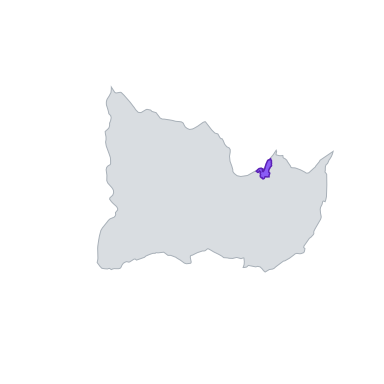 location of Bimbo, Ombella-M'Poko, Central African Republic, rotated 215°
{"feature_id": "33826404B89402945162763", "entity_name": "Bimbo", "entity_type": "district", "adm_level": 2, "iso_a3": "CAF", "parent_name": "Central African Republic", "parent_adm1": "Ombella-M'Poko", "projection": "equal_earth", "projection_center": [18.582, 4.266], "detail": "fine", "context": "in_parent", "style": "filled", "palette": "violet", "viewbox_px": 384, "rotation_deg": 215, "n_neighbors": 0, "source": "geoboundaries", "source_scale": "gbopen_adm2", "svg_char_len": 5831}
<svg xmlns="http://www.w3.org/2000/svg" viewBox="0 0 384 384"><g transform="rotate(215 192 192)"><path d="M252.6,137.9L255.4,138.9L255.9,140.1L255.1,143.9L255.7,146.3L257.3,148.3L259.0,149.2L260.5,149.7L266.0,151.0L268.3,152.4L271.3,156.9L275.1,161.0L276.0,163.2L275.8,165.1L274.7,167.5L274.9,168.5L276.6,170.9L278.6,173.4L282.3,176.1L288.5,180.4L291.4,183.3L292.4,185.5L294.0,187.8L296.3,190.0L297.8,191.7L296.8,196.4L297.1,197.9L297.7,199.3L299.0,201.1L299.5,203.5L300.8,206.5L302.4,207.9L305.0,208.4L306.4,209.8L309.2,212.1L312.0,214.2L313.1,215.6L313.9,216.8L314.5,218.3L314.8,219.8L314.9,223.0L315.4,226.9L316.9,229.7L318.3,231.7L312.7,229.4L311.8,229.3L310.8,229.7L307.9,232.6L307.0,232.9L303.3,232.3L294.3,230.1L287.4,227.9L285.4,227.1L281.7,226.4L279.3,227.8L277.0,232.9L276.3,233.9L272.8,235.4L271.1,235.0L266.9,236.4L260.5,234.3L258.2,234.7L256.5,235.8L251.9,238.1L249.1,239.4L245.8,240.6L242.8,242.4L240.7,243.4L238.7,243.4L236.8,242.3L234.8,241.4L232.4,241.3L229.9,241.8L227.8,243.8L226.9,245.3L225.1,249.1L222.9,255.3L222.1,256.6L221.3,257.2L211.3,254.1L207.0,253.4L204.1,254.4L200.4,252.6L198.8,252.3L198.1,252.9L196.1,252.1L192.7,249.9L189.6,249.0L186.7,249.4L185.0,248.6L183.6,246.6L181.8,242.8L178.5,239.0L174.2,236.0L171.4,233.7L170.3,232.2L168.0,231.4L164.4,231.2L160.9,232.7L156.0,237.4L151.4,247.1L148.8,250.7L146.7,251.7L146.2,254.0L147.2,257.7L147.5,262.0L146.8,269.2L147.0,274.5L145.9,273.7L144.9,271.2L144.4,270.7L141.4,271.8L139.8,272.8L138.9,273.8L138.3,273.9L137.3,272.6L136.6,272.3L135.4,272.6L134.1,272.6L133.3,272.4L132.8,272.5L131.4,271.7L126.1,269.7L125.2,269.0L124.2,269.1L121.5,270.8L120.0,271.3L115.7,272.4L111.1,273.0L109.3,273.0L108.1,273.8L107.3,274.9L105.8,281.6L105.4,282.7L105.5,284.4L105.1,289.8L105.3,291.5L99.7,306.2L98.8,303.8L98.2,300.9L98.0,297.6L98.1,296.7L97.8,295.7L97.3,293.0L97.8,291.3L97.4,289.5L96.3,287.7L95.3,286.3L94.8,285.1L94.3,284.5L93.2,284.3L91.8,283.7L85.6,275.1L79.2,265.3L77.9,262.2L77.4,260.4L78.9,260.1L79.3,259.8L79.4,259.0L78.4,256.5L77.9,253.3L77.1,251.4L74.6,248.4L72.2,246.1L71.5,245.0L71.0,243.3L70.1,232.8L69.7,229.9L69.0,228.5L68.4,227.9L68.2,227.2L68.3,225.3L68.7,223.7L68.6,223.0L69.3,221.6L69.3,211.9L68.6,210.5L67.1,210.5L66.4,209.1L65.7,207.3L65.9,206.1L67.3,204.1L68.2,203.3L71.0,201.8L71.7,201.0L72.2,200.0L72.5,198.7L74.1,193.8L76.5,188.8L77.5,187.8L79.9,180.5L80.5,178.6L80.9,176.7L81.7,175.2L84.2,172.8L86.2,168.4L88.3,168.6L90.5,169.3L93.3,169.7L95.5,168.8L96.9,167.2L103.7,164.2L104.2,161.9L105.3,160.7L106.5,159.6L106.9,159.5L107.0,160.3L107.8,162.7L109.3,165.1L111.6,167.7L112.2,167.5L113.6,165.5L117.2,164.3L118.1,163.8L120.6,160.9L123.6,159.0L125.3,158.3L128.4,156.4L130.5,156.6L134.0,156.3L139.8,155.4L144.0,155.1L146.1,154.8L146.7,154.4L147.5,151.6L148.1,150.8L149.7,149.6L152.8,145.4L154.8,141.8L155.4,140.5L155.8,140.3L156.7,138.8L155.8,137.3L152.4,134.1L152.4,133.7L152.2,133.1L152.4,132.7L153.8,131.4L155.5,130.0L157.4,129.4L162.4,129.5L166.6,129.2L167.6,129.3L170.8,128.5L173.1,127.9L175.4,126.3L180.6,126.5L185.0,122.6L186.2,122.0L186.8,121.4L186.9,120.8L189.0,119.2L191.2,116.1L193.0,113.2L193.5,111.2L198.4,104.4L200.2,104.5L201.0,103.7L202.9,99.1L203.5,98.3L205.6,97.5L206.5,96.2L207.4,94.2L207.4,91.7L207.0,89.7L207.0,88.7L207.4,87.9L208.2,87.0L211.9,84.5L212.9,83.4L213.4,82.3L214.5,82.1L215.6,82.2L216.4,81.5L217.2,80.4L219.8,78.9L222.1,77.8L224.7,78.3L229.2,79.8L230.6,83.0L231.3,84.1L237.0,91.8L238.1,93.6L240.9,99.2L242.6,102.9L244.6,108.3L244.8,111.3L244.6,113.8L244.2,120.9L243.7,123.0L241.3,126.8L241.2,128.6L241.7,130.0L242.4,130.6L242.9,131.3L242.6,134.6L243.5,135.9L245.4,136.8L250.1,137.4L252.6,137.9Z" fill="#d9dde1" stroke="#a8b0b8" stroke-width="1"/><path d="M143.6,243.6L143.4,243.5L143.1,243.7L142.8,243.9L142.6,243.7L142.4,243.5L141.9,243.4L141.5,243.4L141.1,243.7L140.7,244.5L140.9,246.4L140.2,246.9L139.2,247.4L138.4,248.0L137.6,248.7L138.1,249.2L138.4,249.8L139.0,251.8L139.4,252.2L140.6,252.3L141.5,253.7L141.9,255.0L141.9,255.9L142.1,257.1L142.1,257.9L141.9,258.6L141.9,259.2L142.7,259.9L143.1,260.6L143.4,261.4L143.9,261.7L144.3,261.9L144.4,262.2L144.5,262.8L145.2,263.5L145.6,263.4L145.8,263.5L146.7,264.3L146.8,264.1L146.8,263.9L146.8,263.7L146.8,263.4L146.9,263.2L147.0,263.1L147.0,262.9L147.1,262.7L147.3,262.4L147.5,262.4L147.8,262.1L147.9,261.9L147.9,261.5L148.0,261.4L148.0,261.2L148.0,260.8L147.9,260.7L147.9,260.4L147.8,260.2L147.8,259.8L147.8,259.5L147.7,259.2L147.6,258.8L147.5,258.6L147.5,258.4L147.5,258.1L147.4,257.8L147.4,257.6L147.3,257.4L147.2,257.2L147.1,256.9L147.1,256.6L147.0,256.3L146.9,256.2L146.8,255.9L146.8,255.7L146.7,255.4L146.6,255.0L146.6,254.9L146.4,254.7L146.3,254.4L146.3,254.2L146.2,254.0L146.1,253.9L146.1,253.7L146.0,253.4L145.9,253.3L145.9,253.1L145.8,252.9L145.8,252.6L145.8,252.4L145.7,252.3L145.7,252.2L145.6,251.9L145.6,251.7L145.5,251.4L145.4,251.2L145.4,250.9L145.5,250.9L145.5,250.6L145.5,250.3L145.4,250.1L145.4,249.8L145.4,249.7L145.5,249.7L145.8,249.5L145.9,249.4L145.9,249.5L146.0,249.5L146.2,249.8L146.3,249.8L146.3,250.0L146.5,250.0L146.6,250.3L146.5,250.5L146.4,250.5L146.3,250.8L146.4,251.0L146.5,251.0L146.8,251.1L146.8,250.9L146.8,250.7L146.8,250.4L146.9,250.5L147.0,250.5L147.3,250.7L147.4,250.8L147.5,250.9L147.4,250.9L147.5,250.9L147.6,251.0L147.7,251.3L147.8,251.2L148.0,251.2L148.3,251.2L148.5,251.3L148.8,251.2L149.0,251.2L149.3,250.9L149.4,250.7L149.5,250.7L149.8,250.4L150.0,250.2L150.3,249.8L150.4,249.7L150.5,249.6L150.5,249.4L150.6,249.2L150.7,248.9L150.8,248.6L150.9,248.3L150.9,248.2L150.9,247.8L150.9,247.7L151.0,247.4L151.0,247.2L151.1,246.9L151.1,246.7L151.1,246.2L151.2,245.9L150.4,245.9L149.6,245.7L149.2,245.9L148.8,246.5L148.8,247.9L147.9,247.9L147.2,247.3L147.0,246.9L146.8,246.3L146.4,246.0L146.0,245.8L145.7,245.5L145.5,244.5L144.9,243.9L144.5,243.6L143.6,243.6Z" fill="#8b5cf6" stroke="#5b21b6" stroke-width="1.5"/></g></svg>